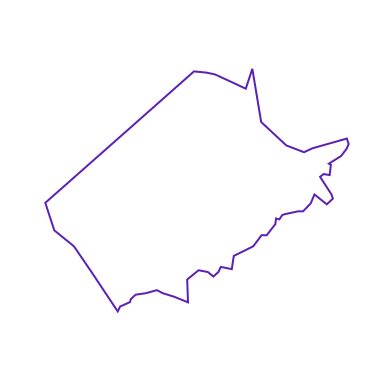 the district of Santa María Totolapilla, Oaxaca, Mexico, rotated 105°
{"feature_id": "50627088B43192699457410", "entity_name": "Santa María Totolapilla", "entity_type": "district", "adm_level": 2, "iso_a3": "MEX", "parent_name": "Mexico", "parent_adm1": "Oaxaca", "projection": "robinson", "projection_center": [-95.615, 16.626], "detail": "fine", "context": "isolated", "style": "outline", "palette": "violet", "viewbox_px": 384, "rotation_deg": 105, "n_neighbors": 0, "source": "geoboundaries", "source_scale": "gbopen_adm2", "svg_char_len": 881}
<svg xmlns="http://www.w3.org/2000/svg" viewBox="0 0 384 384"><g transform="rotate(105 192 192)"><path d="M100.3,56.3L118.7,87.1L124.6,94.1L122.6,113.0L106.5,143.3L57.4,165.6L78.3,166.8L74.7,187.1L74.0,191.3L72.5,200.2L72.7,204.7L73.0,209.3L75.0,221.3L178.0,289.5L190.8,298.0L227.0,322.0L240.4,330.9L264.7,315.1L275.0,292.0L294.4,269.4L326.6,232.8L321.2,231.8L314.4,223.4L311.4,223.4L305.8,219.9L301.8,210.6L295.9,200.5L297.3,194.1L297.8,182.2L299.6,167.3L277.8,174.0L265.9,165.4L265.2,156.0L268.1,149.5L262.5,145.8L256.9,144.8L256.2,133.6L242.9,135.1L228.6,118.8L215.7,113.6L214.5,108.7L201.5,103.2L195.8,103.9L195.8,100.5L191.0,98.9L189.5,96.8L183.3,84.7L181.9,79.7L172.3,74.4L162.7,73.1L169.0,58.6L161.9,54.2L158.3,56.6L144.2,72.2L140.6,69.5L140.0,63.4L129.8,64.9L129.2,67.1L118.5,57.2L110.1,53.8L105.1,53.1L100.3,56.3Z" fill="none" stroke="#5b21b6" stroke-width="2"/></g></svg>